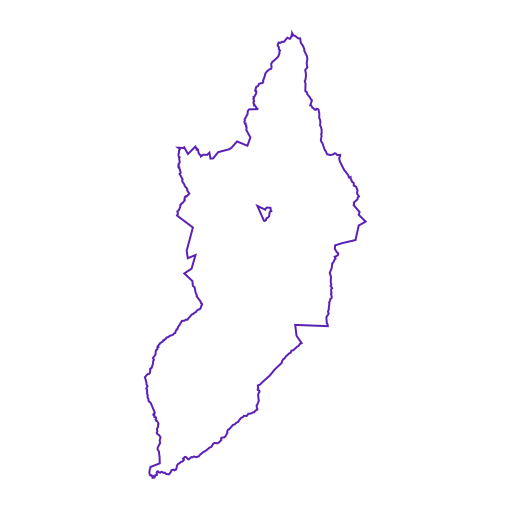 Makoni, Manicaland, Zimbabwe, rotated 181°
{"feature_id": "62879985B27116987268551", "entity_name": "Makoni", "entity_type": "district", "adm_level": 2, "iso_a3": "ZWE", "parent_name": "Zimbabwe", "parent_adm1": "Manicaland", "projection": "robinson", "projection_center": [32.274, -18.385], "detail": "fine", "context": "isolated", "style": "outline", "palette": "violet", "viewbox_px": 512, "rotation_deg": 181, "n_neighbors": 0, "source": "geoboundaries", "source_scale": "gbopen_adm2", "svg_char_len": 6061}
<svg xmlns="http://www.w3.org/2000/svg" viewBox="0 0 512 512"><g transform="rotate(181 256 256)"><path d="M223.7,479.4L223.7,478.5L224.3,477.8L224.1,476.1L224.8,475.7L225.5,473.9L226.3,473.8L228.5,474.8L231.8,470.6L233.8,470.6L235.7,469.4L236.9,469.9L237.8,468.4L238.0,466.4L236.8,465.2L236.7,462.9L235.6,461.9L236.2,460.4L236.1,459.0L237.3,455.7L242.0,451.1L242.8,450.7L244.2,448.3L243.7,445.1L244.0,443.8L244.5,443.2L245.9,442.8L248.4,440.7L249.9,438.5L250.3,436.2L252.0,431.4L251.7,430.6L252.2,429.3L256.0,428.2L256.9,426.0L258.8,425.0L259.7,421.5L259.5,421.0L258.9,421.1L258.5,419.8L258.8,418.4L260.1,415.8L261.2,415.0L260.7,414.1L261.4,413.1L260.5,410.9L261.3,409.7L261.0,408.3L260.4,407.6L260.6,406.6L259.9,406.7L257.8,403.8L257.0,403.0L256.2,402.9L265.4,402.5L266.8,400.7L266.9,397.8L269.8,392.3L269.5,391.3L269.9,390.2L269.8,389.0L269.5,388.3L268.7,388.3L268.8,387.2L267.9,386.2L268.2,385.2L267.6,384.2L267.9,381.8L263.7,374.5L266.5,366.1L277.0,370.2L282.4,363.8L284.5,362.3L295.6,359.2L300.6,352.8L303.2,352.6L304.4,358.5L306.6,356.3L310.5,356.3L312.9,354.6L313.1,355.9L314.1,356.3L315.3,358.4L315.9,361.1L317.0,361.2L316.7,362.3L317.6,362.4L318.5,364.4L325.8,356.8L329.7,363.4L330.4,362.7L335.7,362.9L334.2,361.8L334.0,361.1L334.9,360.0L334.8,358.0L335.3,356.7L335.1,354.4L334.1,353.4L334.6,352.8L333.9,348.2L335.1,346.6L334.7,345.6L335.3,344.7L335.0,343.2L334.2,343.2L334.3,342.2L333.4,340.9L333.5,340.1L332.9,338.7L332.9,337.6L333.8,336.9L330.7,331.2L331.2,330.2L330.7,328.8L328.8,326.2L328.7,325.2L328.1,324.3L325.9,321.9L326.0,320.5L323.8,317.2L326.4,314.3L327.0,314.7L327.5,314.5L328.4,313.0L328.2,312.0L328.6,311.5L328.1,310.7L330.1,308.0L331.3,307.3L331.7,306.4L332.5,306.0L332.5,304.2L334.0,300.4L335.4,299.2L334.8,296.8L335.7,295.1L319.6,283.4L325.4,260.1L324.2,252.6L316.5,255.9L320.2,242.2L327.4,237.3L319.2,229.9L318.6,225.2L317.2,224.0L316.7,223.1L315.8,218.6L314.5,215.5L314.7,214.8L310.9,209.9L310.1,207.8L309.3,207.4L309.1,206.2L309.9,205.1L310.3,203.1L311.4,201.7L312.6,201.5L314.3,200.2L315.2,198.8L316.4,198.3L317.6,197.1L318.9,196.6L322.2,192.9L323.1,191.4L323.9,191.0L325.0,191.2L326.3,190.1L329.0,189.8L331.0,186.1L332.8,183.5L333.2,181.7L334.2,181.2L334.2,180.3L334.9,179.8L335.4,177.6L336.4,177.3L337.9,175.6L340.8,174.7L341.8,173.7L344.1,172.8L345.0,171.4L346.2,170.8L346.4,170.1L347.4,170.0L347.8,168.8L350.4,167.2L350.9,166.1L351.5,165.7L352.4,164.3L352.0,163.4L353.0,163.2L353.0,160.9L354.1,160.3L354.5,159.6L354.8,155.6L357.3,152.2L356.2,150.4L356.9,149.4L357.3,145.8L358.4,142.3L358.7,141.9L359.3,141.9L360.0,141.0L359.7,139.8L360.0,137.4L360.6,136.4L362.3,136.0L365.0,132.9L363.5,128.3L363.3,125.9L362.2,123.9L363.4,121.5L362.6,120.4L362.4,116.1L361.8,114.8L362.0,112.9L361.0,111.0L360.8,108.9L359.4,108.0L358.6,107.0L354.5,97.7L355.9,95.9L355.8,95.4L354.8,95.5L354.9,93.4L353.1,92.8L353.0,91.5L353.6,90.6L352.7,89.3L351.9,89.1L350.5,86.4L351.0,85.5L350.8,83.8L352.1,81.2L351.5,79.2L352.2,77.3L351.6,76.4L349.7,75.1L348.3,73.1L349.1,70.0L348.6,67.3L350.9,62.9L351.1,61.2L349.7,58.8L348.9,53.3L348.6,47.0L357.9,43.2L358.0,41.6L358.5,40.8L358.8,37.5L358.4,35.3L357.2,34.5L356.5,34.9L355.8,34.0L355.6,32.8L354.7,33.7L354.1,32.6L353.3,33.4L352.8,35.2L351.3,35.4L351.5,37.9L350.8,39.0L350.3,39.0L349.2,37.9L347.8,37.7L347.0,38.5L346.4,38.5L344.8,37.7L343.5,37.8L341.8,36.4L339.1,36.2L337.2,38.9L336.8,40.4L334.5,41.0L333.9,40.3L332.2,41.1L331.6,43.2L331.5,44.8L330.7,46.1L329.9,47.1L329.2,47.2L327.5,48.8L326.1,49.2L324.6,50.6L324.7,51.7L325.3,51.9L325.4,52.2L323.7,53.8L322.7,53.9L320.4,51.6L319.6,51.5L317.2,53.8L316.1,53.6L314.7,54.4L312.0,53.9L309.7,54.7L308.2,56.6L305.7,58.7L302.3,60.8L298.9,63.8L297.2,64.4L295.6,67.5L294.1,68.4L291.7,68.0L289.7,69.0L287.4,71.5L287.8,73.0L287.2,73.7L284.7,74.1L283.5,75.0L281.5,78.9L281.7,80.0L281.0,81.9L279.8,82.2L276.1,86.7L274.5,87.2L272.5,89.1L271.3,89.6L268.4,93.6L266.1,94.9L265.3,96.0L262.5,95.9L260.9,98.1L258.6,98.3L255.8,99.8L255.1,99.7L253.8,101.5L252.1,102.3L251.9,103.0L252.4,104.0L252.8,106.6L252.2,107.2L250.7,111.3L251.5,117.3L250.9,119.2L250.2,120.0L250.3,121.3L251.9,122.1L252.0,122.7L251.4,123.3L251.9,126.6L249.6,127.6L246.9,130.5L240.2,136.6L235.2,143.0L228.5,149.5L228.1,151.3L227.1,153.2L226.0,153.8L224.4,156.1L221.1,159.2L219.8,159.7L218.9,162.0L217.1,162.4L213.3,166.0L211.8,166.9L210.6,168.9L208.9,169.7L214.1,177.0L215.6,187.8L183.0,187.1L183.2,188.9L184.0,189.9L184.6,196.0L182.3,199.7L183.1,201.6L182.2,204.0L182.4,204.8L181.8,209.4L182.1,210.6L181.1,213.0L181.1,214.1L179.8,215.0L179.6,217.1L180.4,219.2L179.8,220.4L180.2,221.2L180.2,224.3L179.3,225.2L180.9,227.5L180.2,228.8L180.8,230.9L180.7,236.8L182.0,240.3L180.1,245.2L179.6,250.0L178.6,251.0L177.2,254.1L176.4,254.7L177.3,256.7L176.3,256.9L174.1,258.3L173.8,259.5L173.9,260.2L175.2,261.1L177.3,264.5L177.1,268.0L169.9,270.4L156.8,273.7L153.8,288.3L147.0,292.3L154.0,299.0L153.2,301.8L159.3,308.6L158.8,309.4L159.1,311.1L155.5,314.5L155.3,316.2L154.1,317.3L156.0,320.2L156.0,321.7L155.6,323.3L157.2,327.1L159.5,328.1L159.4,330.1L159.8,330.9L161.7,332.3L161.7,333.4L162.7,334.8L162.8,336.5L163.8,336.0L164.5,336.2L165.2,338.5L169.5,343.8L173.7,351.8L174.6,355.3L173.6,357.6L173.6,358.6L176.5,358.4L178.2,359.9L179.1,360.1L180.6,359.0L183.3,358.2L186.7,359.0L188.0,361.9L189.0,363.0L191.6,370.0L192.9,371.8L193.2,373.1L192.5,377.2L193.0,379.0L192.5,379.8L192.6,383.2L193.2,386.0L194.2,387.6L194.0,391.5L194.4,393.6L195.2,394.8L195.2,399.6L196.1,403.4L196.6,403.9L198.1,404.2L198.8,403.2L199.3,403.1L202.3,405.5L203.7,407.9L204.3,407.8L202.8,412.7L203.9,413.6L204.9,415.6L207.5,418.6L208.1,420.7L209.6,421.8L209.5,429.2L210.3,431.8L209.6,433.3L209.2,436.7L209.4,440.0L210.0,442.2L209.8,443.3L208.0,445.3L208.7,449.9L208.1,453.5L208.5,456.7L211.3,462.0L211.3,463.7L212.9,467.2L214.9,469.9L215.7,474.4L217.6,474.3L220.8,476.8L222.4,477.2L223.7,479.4ZM246.3,293.8L246.7,292.0L247.9,291.2L248.6,291.3L255.5,306.1L247.6,302.5L247.3,303.5L245.9,304.6L242.4,304.4L242.1,302.4L241.5,301.1L242.6,300.7L243.2,299.8L243.5,296.0L244.8,294.6L246.3,293.8Z" fill="none" stroke="#5b21b6" stroke-width="2"/></g></svg>